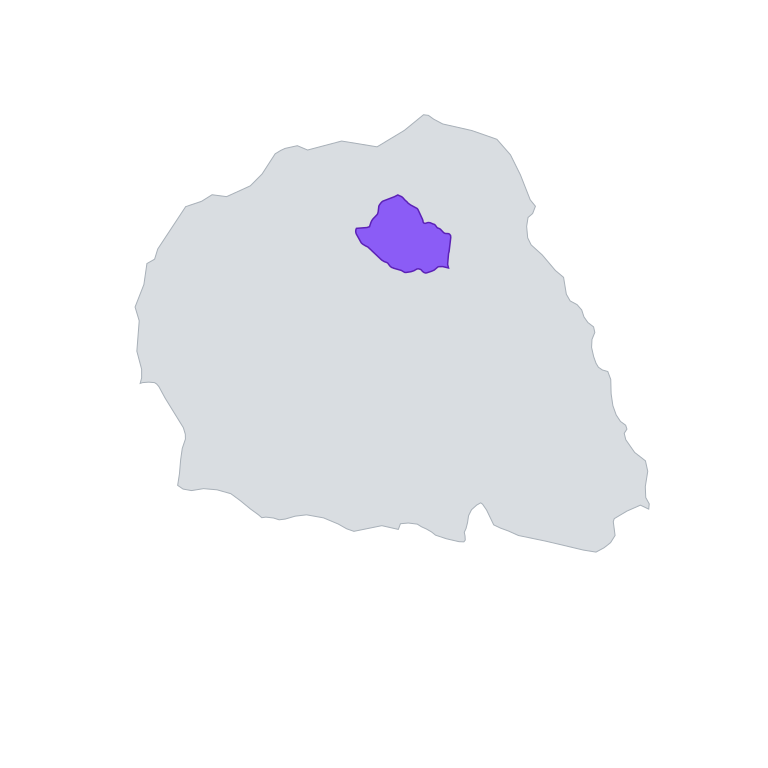 Uruguay, with Flores highlighted, rotated 148°
{"feature_id": "URY-7", "entity_name": "Flores", "entity_type": "Department", "adm_level": 1, "iso_a3": "URY", "parent_name": "Uruguay", "parent_adm1": "", "projection": "natural_earth1", "projection_center": [-56.945, -33.556], "detail": "fine", "context": "in_parent", "style": "filled", "palette": "violet", "viewbox_px": 768, "rotation_deg": 148, "n_neighbors": 0, "source": "natural_earth", "source_scale": "10m", "svg_char_len": 3473}
<svg xmlns="http://www.w3.org/2000/svg" viewBox="0 0 768 768"><g transform="rotate(148 384 384)"><path d="M590.5,513.7L586.3,517.6L581.7,525.0L576.2,542.8L558.1,567.3L554.3,581.2L534.9,595.6L521.2,611.8L512.4,611.4L504.3,618.4L458.2,639.5L441.8,635.6L429.5,635.6L418.2,626.3L392.4,622.9L376.1,626.7L354.3,636.9L347.7,636.8L343.0,636.2L331.2,632.0L324.8,622.9L291.2,612.5L264.2,588.8L232.3,588.3L207.8,591.4L204.0,588.3L201.5,582.2L196.4,573.4L175.3,552.5L158.6,531.7L155.3,511.3L157.5,489.0L162.4,462.7L161.4,454.5L167.6,449.8L173.6,448.9L179.5,442.1L184.7,431.8L185.5,424.0L181.4,409.5L178.5,389.4L175.2,379.3L181.8,363.5L182.1,355.8L178.2,349.0L177.1,342.0L178.9,334.9L178.5,328.0L176.0,321.4L177.9,316.0L184.0,311.6L188.6,305.0L191.7,296.1L193.2,289.3L193.3,284.6L191.4,280.2L187.6,276.0L189.3,267.7L196.6,255.3L201.4,244.3L203.5,234.7L203.3,226.9L200.9,221.0L201.9,217.0L206.4,214.9L208.5,208.6L207.7,193.1L203.0,180.3L206.6,170.2L216.8,158.5L222.2,149.0L222.6,141.8L225.8,137.6L230.8,145.4L245.4,147.5L260.1,147.8L262.5,145.8L268.3,133.1L275.9,129.4L284.2,128.5L293.3,129.1L302.9,137.5L330.2,165.1L350.3,184.3L356.3,193.3L361.6,200.1L365.6,206.4L363.8,222.8L364.1,229.9L365.0,232.0L369.6,232.2L376.4,231.0L382.1,227.5L386.6,222.2L391.0,218.0L394.5,215.7L395.8,212.2L397.8,208.6L399.9,207.8L403.9,210.5L413.2,219.8L420.4,228.5L422.1,233.4L424.9,238.6L427.9,243.1L430.0,247.5L437.0,253.2L444.1,256.8L448.9,253.1L460.9,265.0L487.6,275.0L492.4,281.0L497.0,289.5L506.2,302.5L519.0,314.1L529.4,319.0L539.3,321.8L544.9,324.4L548.7,328.9L554.7,333.7L558.5,335.4L559.8,339.7L563.6,349.1L567.6,361.0L572.0,372.1L581.6,382.7L592.5,390.9L603.7,395.6L610.1,401.4L612.7,407.4L605.0,416.3L596.6,427.5L589.2,436.3L581.6,442.5L579.1,446.7L577.3,453.3L577.1,488.1L576.3,501.1L576.8,504.5L577.9,506.8L582.6,510.3L588.2,513.2L590.5,513.7Z" fill="#d9dde1" stroke="#a8b0b8" stroke-width="1"/><path d="M267.8,448.2L271.9,452.4L275.4,454.5L276.4,454.7L281.0,454.0L283.9,454.4L288.8,455.6L289.8,456.0L290.2,456.4L290.9,457.2L291.3,458.1L291.7,459.1L291.9,460.9L292.2,461.6L292.7,462.3L293.7,463.4L294.5,463.8L295.2,464.1L298.6,464.2L301.5,464.9L306.2,466.9L307.1,467.5L307.4,467.8L309.1,471.1L314.5,477.1L314.8,477.7L315.4,478.3L315.9,479.1L316.1,479.7L316.4,480.7L316.5,481.2L316.7,483.8L316.7,484.4L317.3,485.6L318.9,487.6L320.3,490.4L325.1,508.8L326.4,510.8L327.9,513.8L328.3,515.0L328.5,515.9L328.0,525.8L327.9,526.4L327.7,527.0L327.5,527.6L327.3,528.1L327.0,528.6L326.7,529.0L326.0,529.8L324.9,530.6L315.5,525.7L312.9,525.1L309.4,528.0L307.7,529.1L305.7,529.9L299.8,531.4L299.4,531.6L299.2,531.8L297.8,533.0L294.2,537.5L293.5,538.0L292.5,538.5L290.4,539.3L289.2,539.6L288.2,539.7L275.8,537.3L272.1,537.0L271.4,535.9L269.9,533.7L269.7,533.3L269.5,532.8L269.2,531.7L268.8,529.1L268.6,528.3L268.4,527.7L268.0,526.5L267.8,524.9L267.6,524.3L266.6,521.8L263.0,515.5L262.9,515.1L262.8,514.8L262.8,513.4L264.1,503.1L264.3,502.5L264.4,501.9L264.7,501.4L264.9,500.9L265.0,500.4L265.0,499.7L264.7,499.1L264.3,498.7L263.8,498.3L261.4,497.7L260.9,497.5L260.1,496.9L259.3,496.2L257.6,493.7L257.2,493.3L256.9,492.9L256.6,492.5L256.4,491.8L256.3,491.0L256.2,489.8L256.1,488.4L256.0,488.1L255.9,488.1L254.5,486.2L254.3,485.7L254.1,485.2L253.2,480.7L252.9,480.2L252.7,479.7L252.3,479.3L252.0,479.0L249.8,477.5L249.4,477.1L249.2,476.7L249.0,476.1L248.9,475.4L248.9,474.5L249.8,472.8L258.8,461.6L260.0,460.6L266.1,452.5L266.7,451.6L267.8,448.2Z" fill="#8b5cf6" stroke="#5b21b6" stroke-width="1.5"/></g></svg>